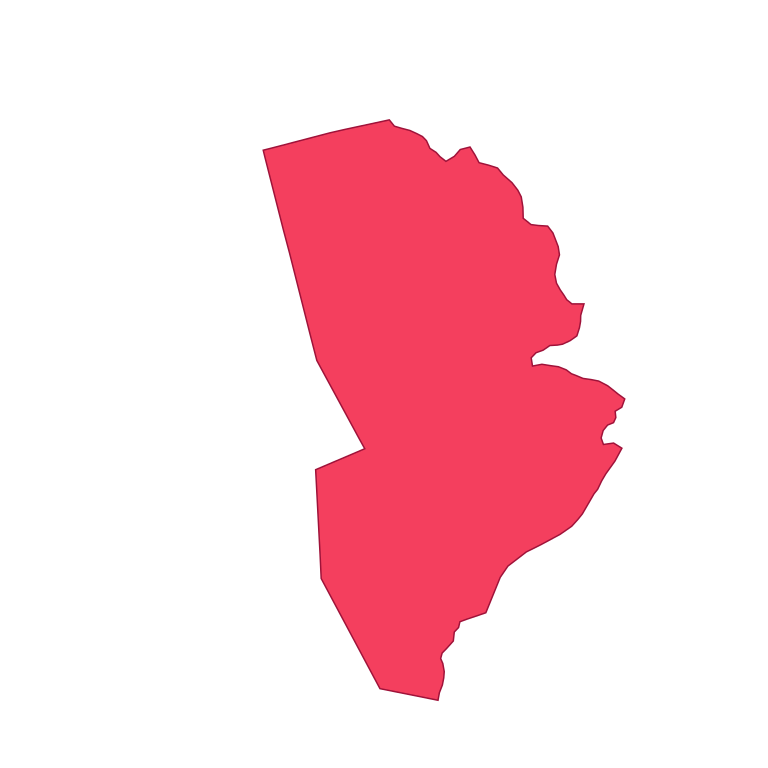 the district of Caraúbas do Piauí, Piauí, Brazil, rotated 129°
{"feature_id": "56859067B66346161211565", "entity_name": "Caraúbas do Piauí", "entity_type": "district", "adm_level": 2, "iso_a3": "BRA", "parent_name": "Brazil", "parent_adm1": "Piauí", "projection": "albers", "projection_center": [-41.857, -3.587], "detail": "fine", "context": "isolated", "style": "filled", "palette": "rose", "viewbox_px": 768, "rotation_deg": 129, "n_neighbors": 0, "source": "geoboundaries", "source_scale": "gbopen_adm2", "svg_char_len": 1599}
<svg xmlns="http://www.w3.org/2000/svg" viewBox="0 0 768 768"><g transform="rotate(129 384 384)"><path d="M497.7,160.9L461.1,172.0L447.5,173.1L424.9,167.7L410.0,160.9L389.9,152.5L376.4,148.6L367.4,148.1L360.1,148.1L337.1,151.7L331.4,151.7L322.2,153.9L314.1,155.1L298.6,156.0L284.2,158.7L285.4,168.4L292.9,175.4L289.3,181.3L282.2,184.4L275.2,184.4L269.6,181.3L264.2,182.7L259.7,187.2L252.4,184.6L244.1,187.5L244.5,195.6L244.5,201.0L244.6,208.9L246.6,219.0L250.2,225.8L254.4,232.8L256.5,240.0L258.1,244.9L258.3,251.2L260.8,259.3L264.8,265.9L269.3,273.7L276.6,279.9L271.0,286.1L264.0,285.5L257.5,281.6L249.7,279.3L244.6,273.7L240.7,270.3L233.1,266.6L225.2,264.4L217.3,267.5L211.7,270.6L206.9,274.3L195.9,279.0L199.3,283.2L203.5,288.4L203.5,295.1L201.8,299.9L199.9,306.4L197.1,313.4L191.4,320.2L182.4,325.3L173.2,328.9L167.6,335.1L163.1,342.9L160.3,347.8L158.3,356.2L163.7,363.8L167.6,370.1L167.6,380.1L159.2,387.3L152.2,395.1L149.2,401.9L147.0,411.2L146.5,423.0L144.7,431.7L148.1,440.4L152.2,449.4L148.8,457.3L145.7,466.3L153.8,472.3L162.8,472.6L172.0,476.0L172.1,483.6L171.2,489.3L172.0,496.6L168.2,504.1L167.5,509.8L168.7,515.7L170.7,523.5L174.1,531.0L177.1,538.2L175.4,546.1L211.4,575.1L222.6,583.9L270.7,619.3L278.3,625.0L282.2,619.9L327.6,559.1L341.4,540.2L391.3,473.5L408.0,451.0L442.5,367.9L446.4,358.2L493.6,383.2L556.7,326.4L574.7,310.4L623.3,195.4L595.8,143.0L589.0,146.7L581.2,149.2L574.8,152.6L569.6,156.2L564.2,162.4L561.7,167.2L556.5,169.5L550.0,168.9L540.1,168.4L532.5,173.3L526.3,172.8L521.0,175.4L514.8,171.7L497.7,160.9Z" fill="#f43f5e" stroke="#9f1239" stroke-width="1.5"/></g></svg>